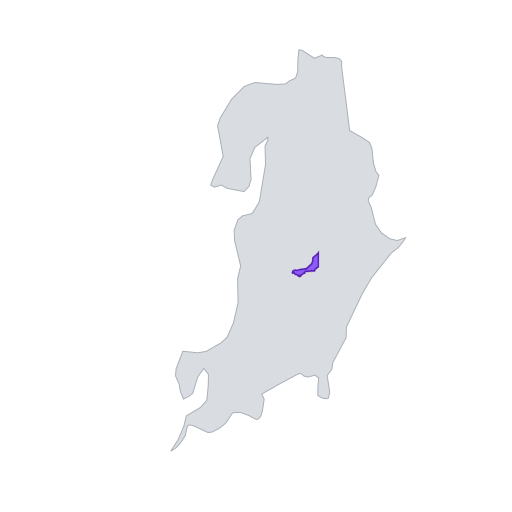 Oreamuno, Cartago, Costa Rica shown in context, rotated 61°
{"feature_id": "36466004B47119988095233", "entity_name": "Oreamuno", "entity_type": "district", "adm_level": 2, "iso_a3": "CRI", "parent_name": "Costa Rica", "parent_adm1": "Cartago", "projection": "robinson", "projection_center": [-83.868, 9.997], "detail": "fine", "context": "in_parent", "style": "filled", "palette": "violet", "viewbox_px": 512, "rotation_deg": 61, "n_neighbors": 0, "source": "geoboundaries", "source_scale": "gbopen_adm2", "svg_char_len": 5263}
<svg xmlns="http://www.w3.org/2000/svg" viewBox="0 0 512 512"><g transform="rotate(61 256 256)"><path d="M415.5,261.8L414.9,263.8L413.3,265.9L410.9,268.0L407.8,269.5L400.2,265.1L392.8,260.2L388.7,262.4L387.2,268.9L384.4,272.2L381.0,273.5L379.6,275.6L379.3,297.4L379.5,317.8L385.2,318.3L394.5,325.4L398.5,329.6L399.8,333.5L398.7,335.4L391.8,339.8L385.1,345.5L381.8,352.5L387.6,363.9L388.9,371.7L388.7,379.8L387.1,383.6L374.1,393.0L371.3,396.2L371.6,398.6L378.8,405.0L382.2,411.2L385.0,418.7L385.4,425.2L378.9,413.1L369.9,401.6L362.1,394.5L361.5,378.0L358.4,369.0L346.6,360.8L336.5,355.0L329.0,356.2L333.6,365.7L345.4,377.9L346.2,382.5L346.0,388.8L337.9,387.8L330.7,385.3L321.9,384.5L316.1,380.7L303.8,366.2L312.5,353.8L315.3,345.6L315.0,328.7L313.0,320.5L303.5,308.1L288.3,294.4L267.1,283.2L257.2,274.2L232.3,267.3L222.9,262.7L215.5,254.2L214.4,248.1L217.0,238.7L210.2,226.8L180.6,203.3L164.1,194.7L160.5,189.6L157.9,188.0L160.4,204.2L167.7,214.0L186.5,223.1L191.7,228.4L193.8,235.3L182.8,248.5L177.3,251.8L175.6,259.0L172.0,261.2L168.3,257.1L153.0,236.4L123.4,226.4L118.0,220.4L107.0,201.4L102.0,184.2L103.8,172.7L116.0,154.7L119.8,146.9L119.1,142.1L119.5,135.0L114.9,130.1L103.7,123.6L96.5,118.5L98.5,115.9L111.4,109.0L112.2,102.7L112.2,100.6L114.3,100.2L116.2,98.5L117.3,96.8L120.8,90.8L123.9,87.4L127.5,86.8L131.8,89.3L148.0,95.8L166.1,103.0L191.7,113.3L202.4,106.7L211.6,101.7L218.0,102.4L231.8,108.3L240.1,110.1L245.2,109.5L254.0,118.1L258.9,124.6L259.7,128.9L262.3,131.2L269.2,131.7L286.1,136.1L296.4,135.2L305.8,130.6L310.9,125.1L312.5,116.3L314.9,120.7L317.6,127.4L318.9,136.1L331.0,165.3L340.7,181.6L361.9,211.3L371.1,216.8L386.6,240.7L391.9,244.7L394.9,251.7L411.0,257.5L415.5,261.8Z" fill="#d9dde1" stroke="#a8b0b8" stroke-width="1"/><path d="M295.8,206.8L283.4,199.9L283.6,200.3L283.7,200.5L283.7,200.8L283.7,201.0L283.8,201.1L283.9,201.4L283.9,201.5L284.0,201.8L284.2,202.1L284.3,202.4L284.3,203.0L284.5,203.3L284.4,203.5L284.4,203.8L284.4,204.0L284.5,204.2L284.6,204.8L284.7,205.1L284.8,205.3L284.8,205.7L284.9,205.8L284.9,206.5L285.0,206.7L285.1,207.0L285.3,207.2L285.4,207.3L285.5,207.4L285.8,207.5L286.1,207.6L286.3,207.6L286.4,207.8L286.5,207.9L286.8,208.0L287.0,208.3L287.5,208.6L287.8,208.9L287.9,209.0L288.1,209.2L288.3,209.2L288.3,209.3L288.5,209.4L288.5,209.5L288.8,209.8L289.0,210.0L289.2,210.4L289.4,210.6L289.5,210.6L289.7,210.9L289.7,211.0L289.8,211.0L289.8,211.3L289.8,211.5L290.0,211.7L290.1,211.9L290.2,212.1L290.3,212.2L290.2,212.3L290.2,212.5L290.3,212.8L290.2,213.1L290.2,213.6L290.3,213.9L290.4,214.0L290.5,214.2L290.6,214.3L290.7,214.5L290.7,214.9L290.8,215.0L291.0,215.3L291.0,215.7L291.0,215.8L291.0,216.0L291.0,216.7L291.0,216.9L291.0,217.0L291.2,217.4L291.3,217.5L291.5,217.7L291.6,217.8L291.6,218.0L291.8,218.1L291.8,218.4L291.8,218.5L291.7,219.0L291.3,219.0L291.1,219.0L290.9,219.3L290.8,219.5L290.7,219.6L290.7,219.8L290.6,220.1L290.5,220.3L290.6,220.6L290.6,220.8L290.6,221.0L290.4,221.3L290.2,221.5L290.1,221.8L290.0,222.1L289.8,222.2L289.7,222.3L289.6,222.7L289.5,222.9L289.5,223.0L289.4,223.2L289.4,223.4L289.5,223.5L289.4,223.6L289.3,224.0L289.2,224.1L289.1,224.4L289.0,224.6L289.0,224.9L289.0,225.1L289.0,225.5L288.9,225.7L288.9,225.8L288.7,226.0L288.5,226.8L288.5,227.2L288.5,227.3L288.4,227.5L288.2,227.6L287.9,227.8L287.7,228.1L287.4,228.4L287.2,228.5L287.3,229.0L287.3,229.3L287.4,229.5L287.0,229.9L286.9,230.1L287.1,230.3L287.2,230.5L287.1,230.8L287.1,231.0L287.1,231.3L287.3,231.4L287.4,231.5L287.5,231.6L287.8,231.8L288.0,232.1L288.1,232.3L288.5,232.4L288.6,232.2L288.8,232.0L288.9,231.9L289.0,231.9L289.0,231.5L289.1,231.4L289.0,231.2L289.1,230.9L289.2,230.7L289.5,230.7L289.9,230.8L290.2,230.8L290.3,230.8L290.4,230.7L290.5,230.6L290.9,230.5L291.0,230.5L291.3,230.3L291.5,230.3L291.6,230.1L291.7,229.9L291.8,229.8L291.8,229.6L291.9,229.4L292.0,229.3L292.0,229.2L292.3,229.0L292.5,229.1L292.9,229.1L293.0,229.0L293.3,229.0L293.5,228.9L293.7,228.7L293.8,228.6L293.9,228.4L294.0,228.4L294.0,228.5L294.2,228.4L294.5,228.4L294.8,228.2L294.7,228.1L294.8,228.0L295.0,227.9L295.1,227.6L295.3,227.4L295.3,227.2L295.3,226.9L295.3,226.7L295.2,226.5L295.1,226.4L295.0,226.5L294.9,226.6L294.7,226.7L294.7,226.8L294.4,226.8L294.5,226.7L294.4,226.3L294.4,226.2L294.5,225.9L294.6,225.6L294.6,225.4L294.7,225.2L294.5,224.9L294.5,224.5L294.5,223.8L294.4,223.6L294.1,223.4L294.1,223.2L294.0,222.8L294.1,222.7L294.3,222.7L294.4,222.3L294.5,222.2L294.7,221.9L294.7,221.7L294.4,221.5L294.4,221.4L294.2,221.3L294.1,221.2L293.9,221.1L293.7,221.0L293.5,220.8L293.4,220.7L293.4,220.3L293.4,220.2L293.6,219.7L293.8,219.6L293.9,219.4L293.9,219.2L294.2,218.3L294.6,218.2L294.8,218.1L295.0,217.5L294.9,217.3L295.1,217.0L295.2,216.8L295.3,216.3L295.3,216.1L295.4,215.8L295.5,215.6L295.5,215.2L295.6,214.8L295.7,214.6L295.9,214.4L296.0,214.4L295.9,214.3L295.9,214.2L296.0,214.1L296.6,213.5L296.6,213.4L296.7,213.2L296.8,213.0L296.8,212.9L297.1,212.8L297.2,212.6L297.3,212.5L297.4,212.3L297.4,211.9L297.3,211.7L297.2,211.7L296.9,211.5L296.7,211.4L296.5,211.2L296.4,211.0L296.3,210.8L296.2,210.7L296.1,210.4L296.0,209.9L296.1,209.7L296.2,209.3L296.1,209.1L296.1,208.8L296.1,208.7L295.8,208.5L295.8,208.4L295.6,208.3L295.6,208.2L295.7,207.5L295.8,207.4L295.8,207.2L295.8,206.8Z" fill="#8b5cf6" stroke="#5b21b6" stroke-width="1.5"/></g></svg>